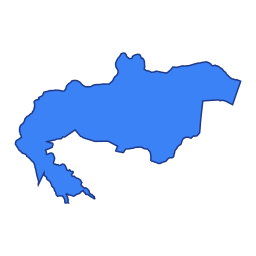 outline of San Pedro Teutila, Oaxaca, Mexico
{"feature_id": "50627088B96437004433803", "entity_name": "San Pedro Teutila", "entity_type": "district", "adm_level": 2, "iso_a3": "MEX", "parent_name": "Mexico", "parent_adm1": "Oaxaca", "projection": "albers", "projection_center": [-96.632, 17.978], "detail": "fine", "context": "isolated", "style": "filled", "palette": "blue", "viewbox_px": 256, "rotation_deg": 0, "n_neighbors": 0, "source": "geoboundaries", "source_scale": "gbopen_adm2", "svg_char_len": 5671}
<svg xmlns="http://www.w3.org/2000/svg" viewBox="0 0 256 256"><path d="M19.0,149.8L19.3,150.4L20.7,151.3L21.4,152.2L22.3,153.1L25.4,154.1L26.6,155.4L26.8,156.3L27.8,156.9L28.6,157.6L29.5,158.2L31.6,160.7L33.6,162.5L34.0,163.0L34.1,163.3L34.1,163.9L34.8,165.3L35.0,166.0L35.1,166.4L34.9,167.1L35.6,168.7L36.1,171.5L37.1,176.1L38.7,181.6L38.3,183.7L38.2,184.0L38.3,184.8L44.1,172.6L44.2,173.4L44.0,174.2L44.2,175.4L46.6,177.2L46.7,178.6L47.1,179.4L49.5,181.1L50.0,181.6L51.0,183.7L51.4,184.5L51.7,186.0L52.7,186.9L54.0,188.3L54.6,190.6L54.8,191.0L55.3,191.6L55.7,192.3L56.1,194.6L56.7,195.2L57.6,196.3L59.6,195.7L61.1,196.0L62.4,195.9L62.9,196.2L63.1,197.0L63.7,197.7L64.5,199.2L64.8,200.1L64.9,200.9L64.8,201.6L65.0,202.8L65.5,203.0L67.7,202.7L68.4,202.9L68.1,202.1L68.0,201.1L68.0,200.5L68.3,200.2L68.3,199.9L68.1,199.7L68.0,199.0L67.7,197.9L66.2,194.0L66.9,193.6L67.7,194.4L68.8,195.1L70.2,195.1L71.6,195.4L72.6,195.9L74.0,196.2L75.2,195.3L77.0,194.2L79.5,193.5L81.5,191.4L82.3,191.2L83.4,190.5L84.0,192.2L84.5,192.6L84.9,192.7L85.2,193.4L85.8,194.3L86.3,194.5L87.0,194.4L87.7,194.4L88.2,194.9L89.3,195.6L89.8,196.1L93.6,198.3L94.2,198.8L94.6,198.8L94.8,198.6L94.7,198.3L94.4,197.9L94.4,197.0L94.2,196.5L93.2,195.9L92.0,194.6L91.1,194.3L89.9,193.6L89.2,191.9L89.2,191.4L88.9,190.6L88.3,189.9L86.4,188.2L85.5,187.8L84.4,188.1L83.9,187.9L81.2,185.3L80.9,184.6L81.9,182.4L81.1,181.5L80.7,180.3L78.2,178.5L76.4,178.1L75.6,177.6L75.0,177.1L74.7,176.4L73.9,176.2L72.7,176.4L72.3,176.3L71.6,174.9L71.7,174.3L72.1,174.0L73.2,172.5L73.3,172.0L72.9,171.5L72.4,171.4L71.7,171.6L70.2,170.9L70.2,170.6L69.7,169.8L69.2,169.9L69.0,170.4L68.6,170.7L67.4,170.3L66.7,169.8L66.6,168.7L66.1,167.9L65.9,167.1L64.7,165.0L64.0,164.4L62.7,164.1L61.5,164.5L60.3,165.3L59.1,165.5L57.9,164.5L56.7,164.9L55.7,164.2L54.6,164.3L53.7,163.5L53.5,162.7L53.9,160.9L54.3,160.1L54.6,158.6L54.5,157.4L53.8,155.9L53.4,154.6L52.9,153.8L52.0,153.2L50.9,153.0L49.9,153.2L47.3,154.4L46.8,154.5L46.4,154.1L46.4,152.4L46.1,151.3L45.6,150.6L45.6,149.9L47.3,149.4L47.7,149.1L48.9,148.8L49.7,148.3L51.6,147.6L52.2,147.2L52.4,146.2L53.0,144.7L52.9,143.9L52.5,143.2L48.9,142.4L47.8,142.2L46.9,141.6L55.0,139.9L57.2,138.9L61.1,138.8L62.8,136.9L64.7,137.0L75.1,129.9L80.6,136.4L81.9,136.6L82.7,137.4L83.4,137.8L95.0,141.4L108.0,141.2L117.6,146.2L115.7,150.9L118.7,151.8L121.2,152.1L122.1,152.5L123.2,152.5L123.7,152.2L124.3,150.9L125.7,149.2L126.6,148.9L127.3,148.8L128.3,148.9L132.9,148.2L134.1,147.9L134.7,147.5L136.0,147.3L138.6,147.3L139.2,147.1L140.8,147.1L142.6,147.7L142.8,148.0L144.4,148.7L146.7,149.0L147.7,149.0L148.9,150.7L149.4,151.1L150.2,152.2L150.9,156.3L150.8,160.1L151.0,160.5L151.5,161.0L153.7,161.5L154.7,162.1L156.0,162.4L158.5,163.5L159.3,163.4L160.1,163.5L163.1,162.0L164.6,161.7L166.0,161.2L166.7,160.4L167.1,159.8L168.4,158.4L169.0,158.1L170.3,157.7L171.7,157.8L172.4,157.7L173.0,157.3L173.3,156.7L173.8,156.4L173.9,153.9L174.3,153.8L174.9,150.9L175.3,150.1L176.0,149.4L176.7,148.4L177.6,146.8L178.3,145.9L180.7,144.5L181.1,143.9L181.2,143.3L182.3,140.2L183.2,138.7L184.4,137.9L184.8,137.9L186.0,137.2L186.7,137.3L187.6,137.2L188.4,137.3L191.1,138.2L191.9,137.4L192.3,136.9L192.8,136.4L193.6,136.1L194.0,136.0L194.6,136.2L195.5,136.0L196.2,136.0L197.3,135.6L198.7,133.9L198.9,133.5L199.5,133.1L199.7,132.2L200.8,118.6L202.8,100.9L216.6,100.0L216.9,99.9L218.9,100.0L220.0,100.7L222.5,100.3L225.7,101.1L232.6,104.7L236.7,92.6L237.3,91.0L237.9,89.2L238.2,88.4L240.3,82.4L240.6,81.2L238.9,80.5L238.3,80.5L237.8,80.1L237.0,79.8L236.7,79.7L236.0,79.9L235.4,79.9L233.9,79.2L232.4,79.0L230.6,78.0L229.7,77.3L228.1,75.5L227.7,75.3L227.5,75.1L227.0,74.8L226.2,73.7L226.0,73.2L225.7,72.7L225.2,72.1L224.0,71.2L223.4,70.6L222.7,69.6L221.7,68.6L221.0,68.3L219.3,67.0L217.5,65.9L216.7,66.0L215.9,65.7L215.2,65.2L213.8,65.7L212.9,65.6L212.4,65.7L211.5,65.2L210.8,64.1L209.6,63.2L208.7,62.7L208.3,62.6L207.8,62.3L206.6,61.9L205.3,62.0L201.4,62.6L199.7,63.1L198.0,63.1L193.5,64.3L189.0,65.7L188.4,65.7L184.2,66.1L182.9,65.8L177.1,67.3L176.5,67.3L175.6,67.3L175.2,67.2L172.9,67.0L170.7,69.8L167.5,72.5L166.3,73.0L161.2,72.2L156.6,71.2L155.6,71.3L154.3,72.0L152.5,72.2L151.3,72.3L149.5,71.2L147.2,70.7L146.2,70.6L144.2,69.1L144.8,66.3L144.6,65.5L144.4,62.7L144.4,61.5L143.8,59.9L143.2,58.9L142.4,58.1L141.9,58.5L141.2,58.0L140.4,55.5L139.5,54.5L137.6,54.3L135.8,54.7L134.2,55.3L132.4,56.5L132.3,57.5L132.0,58.2L130.6,58.6L129.0,58.6L128.7,58.1L126.8,56.6L126.4,55.8L126.3,55.0L125.5,53.8L125.1,53.4L124.6,53.2L123.2,53.0L121.1,53.8L120.5,55.0L119.5,56.6L118.2,58.0L116.9,60.1L115.7,63.0L115.6,64.6L115.8,66.1L116.0,66.9L116.3,67.7L117.3,69.0L117.9,70.0L118.1,71.8L117.8,73.6L117.0,74.9L116.5,75.5L115.1,76.6L114.4,77.3L113.3,79.4L113.1,80.0L112.8,80.7L112.2,81.3L110.7,82.5L109.9,83.4L109.3,83.9L108.0,84.1L103.2,84.0L102.0,84.3L97.8,84.6L96.2,84.6L94.3,84.9L93.5,85.1L91.8,86.0L91.2,86.6L89.3,86.8L87.5,86.7L85.4,86.7L83.2,85.5L81.8,84.3L79.9,82.2L77.3,80.7L75.0,80.4L73.7,80.5L72.0,80.8L70.4,82.7L68.6,83.8L67.5,84.9L66.6,86.1L66.2,87.2L66.0,88.3L64.8,90.3L64.2,90.9L63.2,91.1L62.1,91.0L59.4,90.4L55.8,90.1L53.5,90.5L49.7,90.6L47.0,91.5L43.9,92.2L42.5,95.7L38.7,97.5L38.8,98.5L39.0,98.7L38.8,98.8L39.0,99.0L38.8,99.3L37.9,99.7L36.9,99.7L36.3,99.9L34.5,101.0L34.1,101.8L34.7,105.2L34.5,107.1L34.7,107.4L34.0,108.1L34.2,109.1L33.3,110.8L32.6,111.5L32.4,112.5L31.7,113.4L30.5,114.0L28.7,115.7L26.8,116.7L25.0,118.8L24.1,121.9L22.6,123.8L20.8,125.1L19.8,127.3L19.5,129.3L19.7,130.3L19.5,131.2L20.1,132.7L20.3,133.5L20.3,134.4L21.1,135.5L21.4,136.8L21.4,137.2L21.2,137.6L20.5,137.7L20.0,138.3L18.6,139.3L16.4,140.6L15.9,141.5L15.5,142.7L15.4,144.2L19.0,149.8Z" fill="#3b82f6" stroke="#1e3a8a" stroke-width="1.5"/></svg>